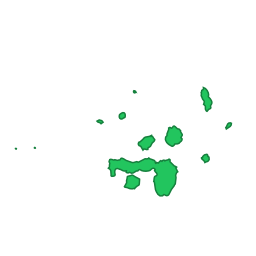 the border of Galápagos, rotated 298°
{"feature_id": "ECU-1270", "entity_name": "Galápagos", "entity_type": "Province", "adm_level": 1, "iso_a3": "ECU", "parent_name": "Ecuador", "parent_adm1": "", "projection": "robinson", "projection_center": [-90.747, 0.131], "detail": "fine", "context": "isolated", "style": "filled", "palette": "green", "viewbox_px": 256, "rotation_deg": 298, "n_neighbors": 0, "source": "natural_earth", "source_scale": "10m", "svg_char_len": 5406}
<svg xmlns="http://www.w3.org/2000/svg" viewBox="0 0 256 256"><g transform="rotate(298 128 128)"><path d="M118.8,178.4L119.3,178.7L119.6,178.7L119.8,178.9L119.8,179.8L119.5,180.2L118.3,180.7L117.9,181.0L116.2,186.7L116.4,188.2L116.3,189.3L115.2,188.9L114.6,189.8L113.3,191.5L112.7,192.5L111.8,192.0L111.0,191.9L109.4,192.1L108.4,192.4L106.7,193.7L100.8,196.0L99.6,195.7L98.8,195.9L94.2,195.2L88.4,195.3L87.3,194.9L86.5,194.1L86.3,193.4L86.2,192.8L86.2,191.4L86.0,190.8L85.5,190.6L84.9,190.6L84.4,190.4L83.1,188.1L83.5,185.5L85.0,183.0L86.5,181.2L92.5,176.8L92.8,176.3L92.8,175.9L93.0,175.7L93.8,175.6L95.1,175.0L96.9,174.4L97.5,174.4L98.1,174.6L98.4,174.8L98.6,175.1L98.9,175.2L99.8,175.6L100.3,175.6L100.9,175.4L101.1,175.1L101.6,174.2L101.9,174.0L101.9,173.4L102.4,172.2L103.1,171.3L103.9,171.6L104.5,170.6L104.5,169.8L104.2,169.0L103.5,168.4L102.8,168.0L101.3,167.5L100.7,167.2L99.5,165.9L98.2,164.0L97.3,161.9L96.8,160.0L96.9,158.3L96.7,157.7L96.1,157.2L95.7,157.0L95.0,156.9L94.7,156.8L94.5,156.5L94.0,155.6L90.8,153.7L89.7,152.2L89.7,150.3L88.7,149.6L88.0,148.3L88.1,147.1L89.4,146.7L88.4,145.2L88.1,144.3L87.9,143.3L87.9,141.3L87.9,140.8L87.6,139.9L87.6,139.3L87.2,137.4L86.0,136.4L84.4,136.3L82.6,137.1L80.8,138.5L79.9,138.7L78.9,138.1L77.8,136.5L77.7,136.1L77.8,135.6L78.1,135.3L78.5,135.2L82.0,133.0L83.0,131.8L83.3,129.5L84.6,129.9L85.6,129.6L86.6,129.0L88.3,128.5L88.7,128.0L89.0,127.5L89.4,127.1L90.0,126.9L90.9,126.9L91.5,126.7L92.3,127.5L92.7,128.9L92.9,130.1L93.1,130.7L93.8,131.2L94.4,133.7L94.8,134.3L95.2,134.6L95.9,135.7L96.2,135.9L97.4,136.0L97.9,136.1L98.2,136.3L98.6,137.3L98.7,138.8L98.5,141.5L99.5,148.0L100.1,149.1L102.2,151.3L102.4,151.5L102.5,151.9L102.5,152.5L102.6,153.2L103.0,153.5L103.3,153.6L103.5,153.8L108.8,157.5L109.2,158.2L109.3,158.7L109.6,159.2L110.3,160.0L110.5,160.2L111.3,160.4L111.3,160.7L111.2,161.1L111.0,161.4L111.0,161.5L111.4,163.8L111.7,166.2L111.4,167.3L110.0,168.7L109.5,169.6L110.7,168.7L111.0,169.2L111.1,170.3L111.3,171.2L113.5,171.7L114.6,172.3L114.5,173.6L115.2,173.7L115.8,174.0L116.3,174.5L116.6,175.2L116.3,176.0L117.0,176.4L118.8,178.4ZM150.8,167.2L151.4,167.8L151.3,169.2L150.6,171.6L150.6,172.3L150.9,173.2L151.0,173.8L150.9,174.0L150.4,175.3L150.4,175.6L149.6,176.0L148.9,176.9L148.4,177.9L147.8,178.8L147.3,179.2L147.0,179.3L144.5,179.2L144.2,179.4L144.0,180.6L143.3,181.1L142.4,181.3L141.4,181.2L139.7,180.5L138.6,180.3L138.2,180.0L138.0,179.7L137.7,179.6L137.3,179.2L136.2,177.4L135.7,176.8L135.0,176.9L134.0,176.6L133.1,176.2L132.6,175.6L132.5,174.8L132.6,172.0L132.9,170.5L133.4,169.0L134.2,167.8L135.0,166.8L135.5,166.4L136.9,165.8L137.5,165.6L138.1,165.6L139.2,165.9L139.6,166.0L140.1,165.8L140.7,165.4L141.0,165.2L145.9,164.6L147.1,163.9L147.4,164.1L147.7,164.3L148.0,164.5L148.2,164.8L148.3,165.4L148.2,166.0L148.3,166.6L148.7,166.8L149.2,166.9L150.2,167.1L150.8,167.2ZM88.3,162.2L87.8,162.5L84.2,164.1L83.3,164.4L82.8,164.4L82.3,164.2L81.2,163.4L80.3,163.1L78.7,162.4L77.9,162.4L77.7,162.4L77.4,162.2L77.5,161.8L77.3,161.5L76.4,160.5L75.8,159.3L75.3,158.0L75.0,155.3L74.3,153.1L74.5,152.4L79.0,152.5L80.9,151.4L83.3,150.8L84.5,150.3L84.9,150.3L85.5,150.8L87.3,152.8L87.8,153.2L88.4,153.7L88.5,154.9L88.3,157.2L88.3,162.2ZM196.5,175.8L197.1,176.3L197.8,176.3L198.5,176.0L199.1,175.6L199.2,177.8L198.3,180.2L196.8,182.3L195.2,183.6L193.4,184.2L193.1,184.6L193.0,185.2L192.4,186.9L191.4,188.6L190.7,189.5L189.9,190.1L189.1,190.4L188.3,190.5L186.6,190.4L186.0,190.6L185.0,191.5L184.2,191.7L183.7,191.5L182.6,190.7L182.1,190.4L180.3,190.1L179.8,189.9L179.8,189.3L180.1,188.7L180.7,187.8L181.1,187.4L183.2,186.3L183.9,185.6L184.4,183.6L185.0,183.6L187.1,183.0L187.7,182.3L188.5,180.4L189.0,179.8L190.3,178.3L190.6,177.8L191.0,177.4L192.9,176.7L193.5,176.0L194.2,176.0L195.8,175.5L196.5,175.8ZM131.5,152.4L132.2,152.8L131.9,153.9L130.8,155.8L130.4,157.0L129.5,157.3L128.3,157.2L126.1,156.4L122.5,156.4L121.5,156.0L120.6,155.4L119.6,155.0L118.4,155.6L117.7,154.6L117.4,153.1L116.8,151.8L115.5,151.6L117.7,148.1L117.9,147.3L117.6,146.3L118.0,145.3L118.8,144.5L119.8,144.3L120.2,144.6L120.3,144.6L120.5,144.3L121.6,145.2L125.1,146.5L126.4,146.7L128.0,147.5L130.7,150.9L132.2,152.0L131.8,152.1L131.5,152.4ZM141.0,209.1L141.1,209.3L141.4,209.4L141.6,209.7L141.8,210.1L141.7,210.5L141.5,210.9L141.4,211.1L141.3,211.3L140.6,211.5L140.4,211.7L140.3,211.9L140.4,212.6L140.4,212.9L140.1,213.3L138.4,214.4L138.0,214.5L136.2,214.2L135.4,213.6L134.7,212.8L133.6,212.1L134.1,211.5L134.6,210.7L134.9,209.9L135.2,208.1L135.7,207.2L136.3,206.9L136.8,207.7L137.8,207.4L139.2,207.7L140.5,208.4L141.0,209.1ZM134.2,119.1L133.7,118.9L133.2,118.4L132.8,117.9L132.6,117.5L132.7,116.2L133.5,115.2L134.6,114.6L135.8,114.3L136.9,114.7L138.2,115.4L139.2,116.3L139.6,117.5L139.3,118.4L138.4,119.3L137.2,120.0L136.1,120.3L135.5,120.1L134.8,119.3L134.2,119.1ZM178.2,214.1L179.6,214.6L180.6,215.9L180.7,217.1L179.1,217.7L177.4,217.5L173.3,215.3L174.3,214.1L175.1,214.3L177.6,214.2L178.2,214.1ZM119.5,97.4L121.6,98.8L122.2,101.4L121.4,103.3L119.1,102.2L119.5,101.0L119.1,98.5L119.5,97.4ZM162.9,115.7L163.2,115.6L163.7,115.7L164.0,116.5L163.9,117.5L163.6,117.9L163.6,117.3L163.2,117.1L162.7,117.3L162.7,117.8L162.2,117.6L162.0,116.8L162.3,116.1L162.9,115.7ZM66.7,54.6L67.0,54.7L67.1,55.1L67.0,55.4L66.8,55.6L66.5,55.5L66.4,55.1L66.4,54.8L66.7,54.6ZM56.8,38.6L57.1,38.3L57.4,38.6L57.4,39.1L57.0,39.2L56.8,38.6Z" fill="#22c55e" stroke="#15803d" stroke-width="1.5"/></g></svg>